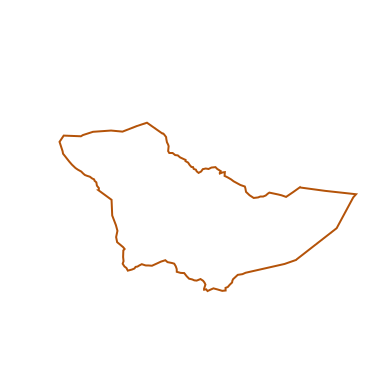 the district of Foini, Limassol, Cyprus, rotated 39°
{"feature_id": "46923920B60027378536738", "entity_name": "Foini", "entity_type": "district", "adm_level": 2, "iso_a3": "CYP", "parent_name": "Cyprus", "parent_adm1": "Limassol", "projection": "robinson", "projection_center": [32.817, 34.906], "detail": "fine", "context": "isolated", "style": "outline", "palette": "amber", "viewbox_px": 384, "rotation_deg": 39, "n_neighbors": 0, "source": "geoboundaries", "source_scale": "gbopen_adm2", "svg_char_len": 2078}
<svg xmlns="http://www.w3.org/2000/svg" viewBox="0 0 384 384"><g transform="rotate(39 192 192)"><path d="M118.0,249.5L134.4,248.7L144.8,260.5L145.7,261.0L153.8,265.7L158.5,269.1L161.4,274.8L165.4,278.1L173.2,278.2L175.5,278.7L175.4,280.6L179.4,285.9L182.3,288.8L183.3,291.4L186.4,292.4L188.8,292.3L191.6,293.5L194.1,290.1L195.4,287.7L195.3,285.7L196.6,284.2L197.2,282.4L198.4,279.7L202.1,278.3L204.4,276.5L207.3,274.5L209.7,269.7L211.7,265.6L214.2,261.8L217.1,261.9L221.3,259.7L223.3,258.9L226.2,260.0L228.6,261.5L230.4,263.6L234.1,262.0L237.0,259.9L240.8,260.8L244.3,261.2L247.2,259.8L249.4,259.2L251.4,257.9L253.4,254.3L256.5,254.0L258.6,254.5L260.7,255.5L262.3,259.7L262.9,260.3L264.3,258.7L266.4,259.2L267.8,256.3L269.3,253.4L273.1,251.7L277.7,249.8L280.1,247.4L278.4,245.4L279.6,243.3L279.7,240.2L280.1,237.1L279.2,235.5L278.8,233.9L279.7,227.6L282.9,224.1L284.5,221.0L309.2,189.7L315.7,179.2L315.7,178.6L327.2,129.1L320.7,94.7L320.9,90.5L294.8,107.3L273.1,120.5L272.9,120.4L270.7,128.3L268.2,136.6L263.7,138.2L260.5,139.7L252.5,143.8L252.0,145.4L251.5,148.3L250.1,150.8L247.9,152.6L246.8,154.6L243.7,157.8L238.8,158.3L233.9,157.9L231.1,155.5L229.6,154.5L225.2,156.1L217.6,157.5L214.5,157.6L210.5,158.2L207.2,159.0L205.0,155.9L203.5,157.5L202.0,160.1L201.6,159.8L201.2,157.7L197.1,158.2L194.6,157.9L191.7,160.8L190.4,163.7L187.9,165.1L186.0,167.5L186.2,170.3L185.1,173.0L182.6,173.0L181.0,172.2L178.8,173.0L177.2,172.0L175.8,172.9L173.2,172.5L170.5,171.6L167.5,172.1L166.8,171.1L165.4,171.5L160.9,172.6L157.9,172.5L155.7,173.9L152.4,173.9L149.8,176.0L147.7,175.2L145.0,171.1L143.6,170.2L141.2,169.1L138.7,167.0L137.3,165.6L135.3,165.1L133.4,164.7L132.4,164.8L132.2,165.2L113.4,166.5L107.6,175.5L100.0,188.8L90.4,195.2L77.2,207.5L71.4,216.4L70.6,218.6L56.8,228.9L57.5,236.4L65.7,241.7L67.7,243.4L70.5,244.0L73.5,244.7L77.5,245.6L81.4,246.3L86.3,246.7L89.0,246.5L93.1,245.8L95.4,246.1L98.0,246.2L100.2,245.5L103.0,244.4L106.0,244.3L108.0,243.8L109.2,244.6L111.6,244.7L114.1,246.9L117.2,247.6L118.3,249.1L118.0,249.5Z" fill="none" stroke="#b45309" stroke-width="2"/></g></svg>